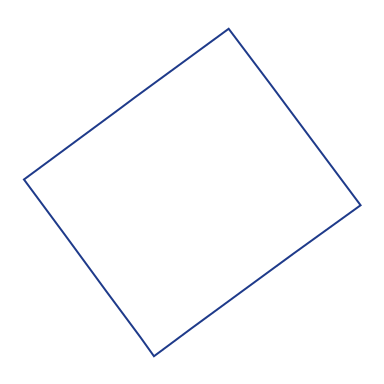 outline of Grant, Indiana, United States of America, rotated 324°
{"feature_id": "52423323B51012446173370", "entity_name": "Grant", "entity_type": "district", "adm_level": 2, "iso_a3": "USA", "parent_name": "United States of America", "parent_adm1": "Indiana", "projection": "equal_earth", "projection_center": [-85.659, 40.516], "detail": "fine", "context": "isolated", "style": "outline", "palette": "blue", "viewbox_px": 384, "rotation_deg": 324, "n_neighbors": 0, "source": "geoboundaries", "source_scale": "gbopen_adm2", "svg_char_len": 324}
<svg xmlns="http://www.w3.org/2000/svg" viewBox="0 0 384 384"><g transform="rotate(324 192 192)"><path d="M317.6,81.5L201.6,81.9L179.1,82.2L63.4,83.1L64.0,152.2L64.3,221.8L64.9,279.5L64.7,302.5L111.3,302.0L238.4,301.5L320.6,301.8L319.6,221.4L318.8,151.1L317.6,81.5Z" fill="none" stroke="#1e3a8a" stroke-width="2"/></g></svg>